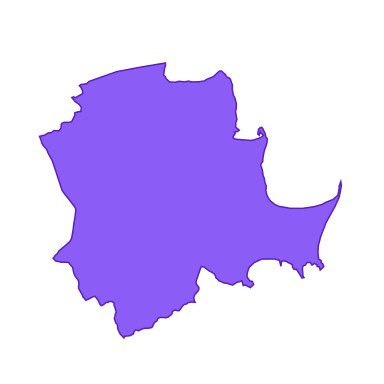 the district of Viamão, Rio Grande do Sul, Brazil, rotated 260°
{"feature_id": "56859067B37980844021564", "entity_name": "Viamão", "entity_type": "district", "adm_level": 2, "iso_a3": "BRA", "parent_name": "Brazil", "parent_adm1": "Rio Grande do Sul", "projection": "robinson", "projection_center": [-50.925, -30.204], "detail": "fine", "context": "isolated", "style": "filled", "palette": "violet", "viewbox_px": 384, "rotation_deg": 260, "n_neighbors": 0, "source": "geoboundaries", "source_scale": "gbopen_adm2", "svg_char_len": 4133}
<svg xmlns="http://www.w3.org/2000/svg" viewBox="0 0 384 384"><g transform="rotate(260 192 192)"><path d="M78.5,93.9L76.2,94.2L74.8,95.3L72.9,95.4L70.3,95.1L68.5,95.5L66.7,96.0L64.6,96.6L62.9,97.8L61.5,98.7L60.1,99.6L61.6,100.6L61.4,103.7L61.3,106.4L62.5,109.8L64.5,110.6L66.1,112.9L64.6,114.9L65.4,117.8L65.9,119.7L65.9,122.1L65.5,124.6L65.4,126.6L65.5,128.9L67.0,130.3L68.5,131.2L70.2,132.7L71.1,135.0L73.4,136.6L74.1,139.0L73.6,140.6L73.2,142.8L72.6,144.8L73.0,147.1L74.2,148.9L75.0,150.7L76.4,151.5L78.0,152.3L78.8,154.6L77.8,156.7L77.3,158.6L78.6,160.2L81.1,162.6L82.6,164.7L82.7,167.1L83.7,169.0L83.8,171.5L83.3,174.2L82.8,175.9L84.5,175.5L87.1,175.4L88.8,175.8L90.6,177.2L92.1,179.0L93.3,180.7L95.0,181.9L97.0,182.2L98.5,181.3L100.9,180.2L103.0,180.4L105.3,181.6L106.7,182.4L114.6,186.7L116.9,188.2L116.0,190.9L114.1,192.5L112.7,193.9L110.9,195.7L109.9,197.2L108.5,198.7L107.2,199.9L105.7,200.4L103.4,200.7L101.5,202.2L99.7,203.3L98.6,205.3L97.0,207.4L96.1,210.0L95.3,212.0L94.2,213.7L93.3,216.0L94.2,218.0L95.3,220.6L95.4,223.0L95.8,225.6L92.9,226.1L91.1,226.1L90.9,228.9L89.2,230.8L87.7,232.9L90.1,236.6L93.5,235.9L94.3,233.5L98.7,231.5L101.7,232.0L105.4,233.7L108.1,235.6L109.4,237.6L111.8,241.2L112.3,243.4L113.1,246.1L113.8,249.3L111.7,261.6L110.5,264.1L109.6,266.2L103.4,266.7L108.6,268.4L107.6,272.5L105.8,274.3L104.5,276.4L102.9,278.2L100.3,278.0L98.0,279.2L97.7,281.5L88.2,285.4L88.3,287.5L89.9,286.7L97.8,287.5L100.0,288.6L100.3,291.0L102.5,292.8L102.2,296.2L99.2,297.5L100.4,300.1L98.7,302.4L96.8,302.3L96.4,304.3L92.9,304.7L95.6,308.8L98.3,308.4L100.1,306.9L102.1,307.3L103.9,305.1L110.5,305.5L117.4,307.2L125.2,310.7L138.3,318.5L152.8,330.2L161.2,336.0L169.0,339.0L172.5,340.3L176.4,340.3L172.2,337.9L170.1,337.5L168.0,336.8L165.5,335.9L163.3,334.9L160.2,329.7L158.5,321.6L157.2,318.0L156.3,310.1L156.7,298.2L158.8,286.1L160.9,280.4L162.8,275.1L165.3,271.4L169.7,267.6L173.0,266.0L176.4,265.2L180.8,265.0L185.0,266.2L188.4,265.5L193.5,265.5L195.3,264.9L201.5,265.1L206.5,264.3L208.2,265.2L209.6,266.9L213.0,267.7L219.5,270.1L221.7,271.3L227.0,274.2L231.3,275.4L233.5,274.3L236.6,274.2L242.5,272.6L243.7,271.5L243.2,269.7L242.1,268.4L237.7,266.8L236.2,268.1L239.4,269.6L237.4,270.6L235.6,272.2L234.1,270.2L233.5,267.8L232.5,262.0L232.5,259.2L235.9,246.0L236.4,244.3L237.5,242.3L239.3,242.0L241.8,244.6L243.7,244.3L243.6,247.2L244.6,249.3L248.6,246.1L250.1,246.7L253.0,247.2L255.4,248.8L257.7,248.8L263.8,248.8L266.4,250.1L271.1,251.0L276.9,250.6L280.6,249.5L286.7,249.6L290.0,250.4L296.6,249.3L298.0,248.3L299.2,246.2L302.5,245.0L303.7,243.7L306.0,242.1L306.3,239.9L301.8,233.0L300.3,225.5L299.2,224.1L299.3,221.2L299.4,217.4L300.3,211.9L300.9,209.6L301.8,208.1L301.8,203.5L303.3,198.5L303.0,194.7L304.2,189.1L308.1,186.2L310.4,185.6L311.9,184.3L318.9,186.6L321.2,187.9L323.7,188.3L323.9,165.2L323.6,138.9L320.5,120.0L318.7,109.7L316.9,106.9L317.1,101.0L316.2,99.5L314.9,100.5L311.6,101.7L308.0,101.6L305.1,93.4L306.3,92.0L305.9,90.0L301.3,92.7L297.7,96.1L294.5,97.8L290.6,96.4L290.8,94.0L290.4,90.4L287.9,89.9L282.3,85.8L281.9,83.1L282.8,78.3L282.3,75.8L280.9,74.8L277.9,74.3L275.4,71.6L276.5,66.7L274.8,63.7L275.2,60.8L273.6,56.8L273.3,51.5L269.0,52.4L266.0,52.6L263.7,53.5L259.4,56.2L255.5,57.0L247.1,59.8L234.6,61.7L219.1,63.9L216.4,64.3L214.4,65.1L211.2,66.7L206.2,69.5L202.5,71.4L197.8,73.9L195.7,74.5L193.5,74.2L187.4,72.3L184.7,71.4L182.8,70.6L180.1,69.7L176.6,68.7L173.5,67.7L169.5,66.2L167.8,65.6L166.5,64.8L165.1,63.7L163.7,61.9L162.0,59.2L160.5,56.7L159.0,54.0L157.2,51.0L155.2,49.1L154.1,47.8L153.3,46.2L152.0,45.2L150.9,43.7L149.4,44.6L147.7,45.8L147.0,47.4L146.4,49.4L145.5,51.0L145.2,53.3L144.5,56.5L143.8,58.5L142.1,59.1L140.4,60.2L138.3,61.4L134.9,61.4L131.7,61.7L129.1,62.5L126.8,63.7L124.7,64.7L122.4,64.7L120.5,64.6L118.5,63.8L116.5,63.6L114.8,64.3L112.9,64.9L110.3,65.9L107.6,66.4L106.0,67.6L103.8,68.6L104.3,70.8L105.1,73.5L106.0,76.2L106.1,78.5L102.0,80.6L97.6,81.8L95.9,82.7L96.1,84.5L97.0,86.4L98.0,87.8L97.9,89.9L98.6,92.2L97.8,94.3L96.5,95.8L93.6,95.6L91.3,96.1L89.3,96.2L87.1,96.6L84.9,95.2L82.5,94.4L81.0,93.5L78.5,93.9Z" fill="#8b5cf6" stroke="#5b21b6" stroke-width="1.5"/></g></svg>